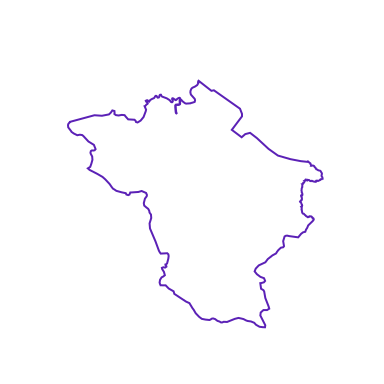 Ngerutchei, Ngeremlengui, Palau (Natural Earth projection), rotated 127°
{"feature_id": "81905179B75346360802885", "entity_name": "Ngerutchei", "entity_type": "district", "adm_level": 2, "iso_a3": "PLW", "parent_name": "Palau", "parent_adm1": "Ngeremlengui", "projection": "natural_earth1", "projection_center": [134.542, 7.526], "detail": "fine", "context": "isolated", "style": "outline", "palette": "violet", "viewbox_px": 384, "rotation_deg": 127, "n_neighbors": 0, "source": "geoboundaries", "source_scale": "gbopen_adm2", "svg_char_len": 5871}
<svg xmlns="http://www.w3.org/2000/svg" viewBox="0 0 384 384"><g transform="rotate(127 192 192)"><path d="M285.9,161.6L282.4,156.9L283.1,152.5L282.4,146.9L284.0,144.8L283.1,130.7L282.3,127.2L284.5,121.7L285.0,119.9L286.6,116.1L287.4,111.2L287.4,107.8L285.8,104.5L283.7,101.0L282.6,100.4L281.3,100.0L280.3,99.1L279.6,97.1L279.6,94.1L278.9,92.1L278.7,90.3L277.9,89.3L276.6,88.6L274.7,85.8L267.6,81.5L264.6,79.1L263.3,76.3L262.5,74.4L262.0,71.4L261.5,69.9L259.9,67.0L259.0,63.6L259.5,61.0L259.0,57.0L257.3,54.0L256.1,52.3L254.3,53.3L249.5,63.1L246.9,64.6L243.3,63.9L241.1,61.0L238.7,60.1L237.4,61.8L232.5,69.7L228.0,74.5L227.4,75.9L227.7,78.6L223.7,82.6L222.8,81.7L220.8,80.2L219.0,80.1L217.5,82.6L218.6,86.3L218.6,90.7L217.7,94.2L214.8,95.0L210.4,94.5L204.0,91.1L199.9,91.1L194.2,89.6L190.5,87.9L188.6,88.1L186.5,88.1L183.0,87.5L181.2,85.9L179.9,85.9L176.4,89.6L171.8,91.3L170.6,90.8L169.6,89.8L168.7,87.8L164.3,79.9L159.7,79.7L157.3,79.0L155.6,77.6L153.4,78.3L151.4,78.4L148.8,79.1L142.4,78.1L141.2,78.1L140.9,78.2L140.8,78.3L140.6,78.3L140.4,78.4L140.1,79.1L140.3,79.5L140.0,79.6L140.1,80.3L139.9,80.6L140.0,80.9L139.8,81.2L139.7,81.9L140.5,83.4L141.2,83.8L141.6,83.9L141.6,83.7L141.9,83.9L142.2,84.1L142.3,84.6L142.5,84.7L142.4,85.1L142.5,86.0L142.6,86.3L142.5,86.6L142.5,87.0L142.3,87.5L142.4,88.3L142.3,88.6L142.1,89.6L142.5,90.4L142.2,91.5L141.9,91.9L141.2,92.5L141.0,92.9L140.4,93.3L140.2,93.9L139.6,94.1L139.2,94.5L138.9,94.6L138.8,94.8L138.5,95.0L138.3,95.4L138.2,95.2L137.6,95.3L137.4,95.6L136.9,95.9L136.7,96.1L136.4,96.0L135.9,96.6L135.8,97.1L135.1,98.1L134.8,98.8L134.9,99.2L134.7,99.3L134.5,100.1L134.1,100.7L134.3,100.1L133.6,99.7L133.2,99.9L132.9,99.6L132.6,99.5L131.5,99.9L131.4,100.1L130.8,100.5L130.4,100.9L129.9,102.0L129.1,102.8L128.8,102.7L128.8,102.2L128.6,102.0L128.4,102.1L128.2,102.0L127.4,102.4L126.6,103.3L126.2,104.2L125.5,104.7L124.9,105.5L124.4,105.7L123.4,106.4L122.3,106.8L121.9,106.8L121.3,107.3L121.1,107.3L119.7,108.4L119.3,108.3L119.2,108.4L119.2,108.6L118.9,108.4L118.4,108.3L118.1,108.4L117.8,108.7L117.7,108.7L117.6,108.4L117.1,108.2L116.5,108.3L116.3,108.4L115.9,108.4L115.2,108.6L115.2,108.8L114.9,108.6L113.9,108.8L113.7,108.7L114.0,108.3L113.9,107.8L113.4,107.1L113.1,107.1L113.1,106.9L112.7,107.0L112.6,106.8L112.7,106.6L112.1,105.9L112.0,105.6L112.1,104.8L112.1,104.2L111.8,103.9L111.7,103.5L111.3,103.4L110.9,103.0L110.6,101.6L109.7,99.7L109.3,99.2L109.0,99.2L108.6,99.4L108.3,99.6L107.6,99.0L107.5,98.2L107.2,97.9L106.4,97.5L106.1,97.5L106.3,97.4L105.4,96.9L105.0,97.1L104.4,96.9L104.2,96.5L103.6,96.0L102.7,96.1L102.6,95.9L101.8,96.7L101.5,97.8L101.3,97.9L101.1,98.2L100.7,98.6L99.6,99.0L98.9,99.5L97.9,102.0L97.9,102.3L98.0,102.7L98.3,102.9L98.9,102.9L98.5,103.0L98.4,103.2L98.5,103.8L98.7,104.4L98.8,106.0L99.0,106.4L98.8,106.9L98.8,107.2L98.6,107.4L98.3,108.0L98.3,109.0L97.8,110.0L97.9,110.9L98.3,111.7L99.2,112.4L99.4,112.7L99.1,112.8L98.8,113.1L98.5,114.1L98.1,114.3L97.9,114.6L97.9,116.6L97.8,117.1L97.7,117.5L97.8,117.8L98.3,117.7L101.9,123.7L106.6,133.3L111.2,145.3L111.5,156.9L109.9,172.7L109.8,181.2L113.7,184.3L118.4,185.3L118.4,197.6L101.5,197.6L99.5,199.1L96.6,203.8L97.6,235.7L99.5,237.4L99.2,253.7L99.8,253.7L100.3,253.4L100.9,253.1L101.1,252.5L103.5,252.2L106.1,253.1L108.3,254.3L109.4,254.6L110.1,254.6L112.0,254.1L112.7,253.7L113.5,253.2L113.9,252.6L114.4,252.2L114.9,251.3L116.0,245.9L116.5,245.2L117.1,244.6L118.5,244.1L120.8,245.7L121.4,246.3L122.0,246.5L123.6,248.3L124.3,249.2L124.6,249.4L124.9,249.8L125.2,250.6L125.3,251.1L125.3,252.9L125.2,254.7L125.0,255.1L125.1,255.4L124.8,256.3L124.9,256.7L125.4,256.8L126.2,256.5L128.2,254.9L129.2,254.4L130.2,254.8L130.9,255.5L132.0,257.1L132.3,257.1L132.7,257.0L133.1,256.8L134.9,255.3L137.5,252.9L138.1,252.2L138.5,251.0L138.7,252.1L138.5,252.5L138.0,253.1L134.5,256.3L132.9,257.5L132.0,257.5L131.2,256.7L130.1,255.3L129.7,255.0L128.9,255.0L127.2,256.2L126.8,256.7L125.8,257.2L124.7,257.6L124.3,257.9L124.2,258.4L124.3,258.7L124.9,259.2L126.1,259.7L127.8,260.0L127.8,260.3L128.5,260.5L128.6,261.3L128.5,262.9L128.7,263.8L129.2,264.1L129.8,263.8L130.4,262.6L130.9,262.0L132.1,261.8L132.5,262.2L132.7,262.9L132.1,265.1L132.4,268.6L133.8,273.3L133.6,274.4L133.0,275.3L133.4,275.9L133.9,276.1L134.9,275.9L135.8,275.4L136.5,275.4L137.3,276.2L137.1,277.2L136.8,277.5L136.7,278.3L137.0,278.8L137.6,279.0L139.2,278.8L140.0,278.9L141.5,279.8L143.6,280.7L145.6,280.6L145.7,281.2L145.5,282.7L146.2,283.5L147.0,283.8L147.4,283.0L147.4,281.8L148.0,280.6L148.6,280.6L149.5,281.0L151.4,281.1L152.0,281.5L153.9,278.2L155.5,277.5L161.3,275.8L165.9,276.0L169.2,277.3L169.8,278.8L169.1,279.9L168.9,281.4L172.4,286.7L171.7,290.3L171.2,292.1L172.7,294.5L175.1,296.7L176.4,299.1L176.4,300.9L175.1,301.7L174.0,302.7L174.8,304.7L177.4,304.6L180.0,305.0L185.3,309.8L189.4,316.1L209.2,331.5L209.3,331.3L210.6,331.7L212.3,331.7L213.3,331.2L214.9,329.7L216.1,325.3L216.5,324.4L216.4,321.5L215.7,317.8L213.7,316.0L212.6,313.9L212.7,312.3L214.0,305.1L213.4,298.7L215.8,294.8L217.3,294.9L218.2,295.7L219.1,297.0L220.2,297.4L221.8,296.7L222.5,295.7L223.7,293.1L226.2,290.9L230.0,289.4L233.2,288.4L235.8,289.4L236.0,287.1L234.5,278.4L233.8,272.5L234.1,268.9L235.2,262.6L236.4,259.0L236.9,257.0L236.7,255.6L236.6,253.1L234.5,247.8L232.8,244.2L233.5,242.9L232.9,241.1L231.7,240.4L229.5,241.0L228.9,240.2L224.3,234.9L221.5,232.8L220.4,228.1L221.5,226.2L222.7,225.6L225.6,225.6L229.9,223.8L231.6,222.0L231.8,219.2L231.8,216.9L232.7,214.9L234.0,213.5L234.7,211.2L237.3,208.9L242.6,207.0L246.4,203.6L253.5,191.3L258.8,183.1L259.6,181.3L260.0,179.9L255.8,174.9L256.0,173.4L257.2,172.1L259.5,170.8L264.1,168.9L265.4,169.2L265.9,169.6L266.4,169.1L266.5,168.1L267.0,167.5L268.6,168.0L269.2,169.4L270.0,170.0L270.7,170.4L271.5,169.5L272.7,166.3L274.8,163.6L276.8,164.1L278.4,164.9L281.3,164.7L283.8,163.4L284.8,162.1L285.3,161.1L285.9,161.6Z" fill="none" stroke="#5b21b6" stroke-width="2"/></g></svg>